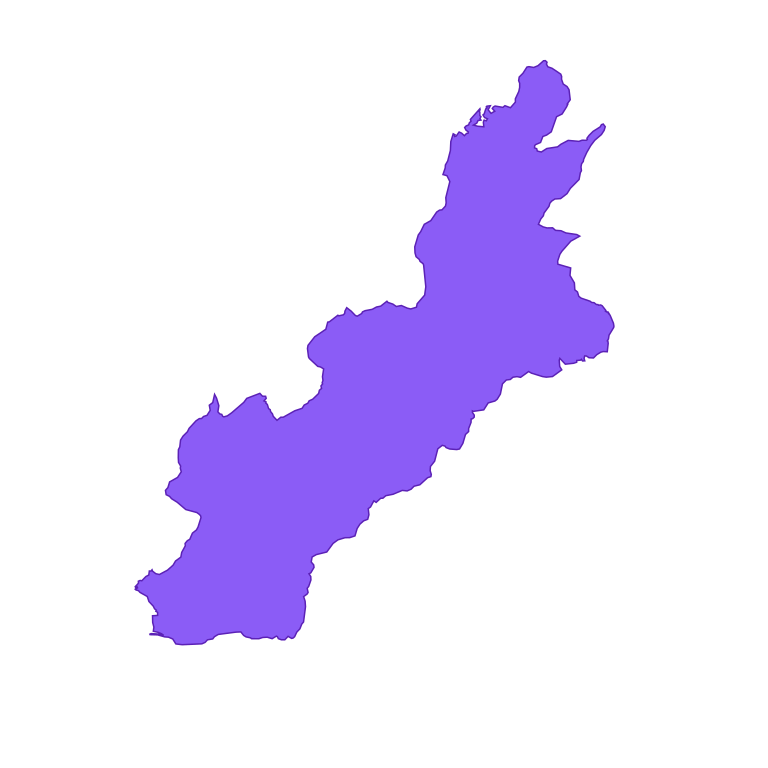 Lelese, Hunedoara, Romania, rotated 136°
{"feature_id": "2599482B96170232434184", "entity_name": "Lelese", "entity_type": "district", "adm_level": 2, "iso_a3": "ROU", "parent_name": "Romania", "parent_adm1": "Hunedoara", "projection": "equal_earth", "projection_center": [22.652, 45.736], "detail": "fine", "context": "isolated", "style": "filled", "palette": "violet", "viewbox_px": 768, "rotation_deg": 136, "n_neighbors": 0, "source": "geoboundaries", "source_scale": "gbopen_adm2", "svg_char_len": 6113}
<svg xmlns="http://www.w3.org/2000/svg" viewBox="0 0 768 768"><g transform="rotate(136 384 384)"><path d="M513.1,494.2L520.1,489.6L524.4,490.1L527.3,485.8L533.1,484.4L536.4,486.0L539.2,485.9L540.9,487.4L544.9,488.1L555.0,487.5L558.6,486.2L564.8,486.1L569.3,485.0L574.6,480.6L577.5,479.6L583.1,474.0L586.3,470.3L587.3,466.2L589.0,465.0L590.8,461.7L597.4,460.2L606.2,462.5L611.4,459.6L615.1,459.3L617.6,455.7L616.3,452.1L616.5,449.1L614.9,442.6L613.8,431.4L607.9,421.5L607.4,418.3L607.5,416.5L608.5,415.0L617.1,410.3L620.3,409.3L625.4,409.8L631.6,407.2L634.3,407.9L637.8,407.5L639.4,405.6L646.5,403.4L650.4,400.6L656.9,401.5L661.5,400.2L669.1,400.5L677.9,403.0L679.9,406.0L680.5,410.1L679.9,411.5L681.6,411.3L682.7,412.5L685.9,410.0L689.0,410.9L694.9,410.7L695.9,412.1L697.7,412.8L699.0,411.3L703.8,411.0L704.1,409.9L702.5,409.7L702.9,408.6L705.5,409.2L705.5,408.2L704.2,405.9L704.3,403.6L701.9,395.6L704.2,390.8L704.3,384.4L705.2,381.7L704.9,379.4L706.0,379.0L705.5,377.0L707.6,374.8L711.5,378.1L716.1,373.1L718.4,369.0L721.7,366.4L719.0,362.3L717.5,358.9L717.1,356.2L720.1,361.0L724.9,366.2L726.2,366.7L726.4,366.2L721.1,360.8L717.4,354.4L714.9,351.6L713.1,347.3L714.3,341.6L710.3,336.7L695.5,323.6L692.2,322.4L688.7,322.6L684.3,319.6L681.5,320.0L677.2,319.0L662.8,308.3L659.2,305.1L659.6,300.6L658.9,297.9L656.4,294.2L656.2,292.8L651.0,287.7L647.3,285.9L643.9,283.0L641.4,278.5L636.6,277.4L636.2,276.3L636.9,274.2L635.5,271.3L633.0,268.9L628.3,269.1L627.2,265.2L625.9,264.4L623.8,264.3L619.1,266.1L614.6,266.3L610.0,268.4L607.2,268.7L595.2,278.3L591.6,282.6L589.5,286.9L585.2,286.3L583.4,286.8L581.2,290.4L578.8,290.7L572.7,293.8L570.4,296.4L569.8,299.6L567.8,299.0L561.7,300.7L560.2,302.8L560.0,306.5L555.9,309.5L551.2,308.3L541.9,302.9L531.4,304.7L525.4,303.9L518.8,300.5L515.4,297.3L510.4,294.9L503.7,298.7L498.7,299.9L493.7,299.7L489.7,298.0L485.7,300.4L481.9,305.3L479.1,304.9L472.5,307.0L471.9,304.3L465.8,304.1L464.1,302.6L460.3,302.4L454.1,298.4L444.8,294.8L441.6,291.0L437.6,289.5L433.4,289.6L428.2,286.6L417.7,286.3L414.6,284.8L412.8,286.1L411.0,289.6L407.9,292.4L401.2,293.3L390.3,300.0L384.7,299.4L383.3,297.1L383.5,295.1L381.9,291.6L377.2,286.3L374.8,284.8L368.5,286.5L360.4,291.1L356.2,291.0L354.0,293.2L348.1,295.9L345.6,298.3L344.4,297.5L342.1,297.5L340.7,298.9L340.2,302.0L339.1,303.2L338.8,302.3L330.2,296.1L322.2,298.0L316.0,294.7L313.2,294.4L307.3,295.9L298.7,301.8L293.2,301.9L290.0,299.5L286.5,299.3L283.2,296.9L281.1,293.9L271.3,292.5L270.4,289.4L264.8,279.2L262.5,276.2L257.6,272.3L246.3,270.7L245.4,274.6L241.4,279.4L239.7,280.3L239.8,272.3L233.2,267.2L230.3,265.8L229.0,267.0L226.0,264.6L224.9,264.7L225.2,262.7L223.5,261.2L222.3,263.4L220.2,264.8L218.9,263.5L218.3,260.5L215.2,257.2L210.6,257.3L206.0,256.3L203.8,255.1L201.0,252.1L194.5,257.5L193.2,259.3L193.4,259.9L191.2,260.5L188.2,262.8L179.5,265.1L178.4,265.9L176.7,268.4L173.7,276.1L173.0,279.3L173.4,279.1L173.1,280.5L173.9,281.3L173.6,281.8L174.1,282.5L173.3,283.0L172.7,288.7L173.2,290.3L175.0,291.7L174.9,292.5L176.0,293.6L176.4,296.6L178.0,298.4L178.2,300.3L182.5,308.7L183.0,311.7L180.9,315.8L181.3,319.2L176.8,324.5L174.8,332.9L169.1,337.8L175.7,349.4L173.7,351.8L167.4,355.1L163.9,355.9L150.4,357.0L140.5,354.4L141.5,357.6L148.2,366.3L150.2,371.3L153.9,375.4L154.2,379.2L158.3,383.0L160.4,386.5L162.0,391.6L156.6,393.8L152.5,394.3L150.1,395.8L141.9,397.2L139.2,398.8L136.4,399.1L132.6,398.4L128.2,394.7L120.1,393.8L114.0,395.3L101.6,395.6L96.0,399.6L93.8,400.3L91.5,403.3L88.8,405.2L86.1,405.6L84.2,407.0L77.3,409.7L69.6,411.9L63.1,412.9L54.3,412.4L49.5,413.5L46.1,415.4L45.7,418.7L47.4,419.5L49.9,418.8L58.1,420.5L63.8,420.4L67.3,419.8L67.9,418.6L69.2,418.8L72.2,421.8L75.2,423.1L82.3,431.3L90.3,433.6L94.4,434.0L103.3,440.3L109.7,441.6L111.9,445.1L110.7,447.2L111.7,449.3L110.0,450.8L108.7,450.9L103.6,449.0L97.8,451.7L94.1,450.1L88.5,449.2L74.2,456.4L68.3,454.5L60.2,456.5L57.4,457.6L57.6,458.2L52.6,459.1L46.5,467.1L45.7,470.7L46.7,475.3L44.6,479.9L42.6,481.8L41.6,484.1L43.8,494.4L45.8,498.4L44.9,501.3L43.2,502.2L43.3,504.5L44.7,505.7L52.1,506.0L56.4,507.7L59.3,511.6L61.0,512.7L68.2,511.0L73.5,510.9L76.4,508.7L77.5,506.1L80.4,503.1L83.8,500.8L91.4,497.9L93.7,495.5L101.1,494.9L103.7,500.2L106.3,500.4L111.0,506.8L113.0,507.3L114.8,506.9L114.8,503.3L119.0,504.3L118.6,508.9L114.2,510.3L117.0,512.4L117.8,512.3L117.5,511.8L118.2,511.0L119.7,511.2L124.3,508.7L125.9,508.8L126.6,505.8L125.3,502.9L127.6,502.3L128.7,504.3L130.7,503.3L133.5,499.7L137.6,504.4L139.8,508.1L136.1,507.2L133.3,508.2L130.9,506.5L130.7,508.2L128.6,508.9L128.6,510.5L126.2,513.0L126.3,513.9L124.4,514.5L123.8,515.4L138.1,514.3L138.8,512.6L141.2,512.6L143.1,511.6L145.7,512.6L147.8,512.5L148.7,509.7L148.2,506.8L149.4,506.0L150.6,506.9L153.7,506.8L153.9,510.5L154.9,513.1L159.8,512.2L161.2,512.9L160.8,513.8L159.8,514.0L160.4,515.9L167.5,512.0L174.1,505.8L183.2,500.2L187.7,498.9L189.9,496.9L196.1,493.7L194.0,490.1L196.0,483.9L210.1,475.1L213.5,471.1L216.2,469.3L221.3,469.0L223.3,470.5L226.7,471.1L236.8,469.0L244.1,470.9L251.8,468.1L255.8,467.4L266.6,461.3L270.6,456.8L272.5,453.3L272.1,449.1L272.9,447.1L272.3,443.5L272.9,442.0L286.4,424.9L293.0,419.7L304.4,418.7L307.3,416.7L312.6,419.4L314.5,422.3L317.0,428.4L321.3,431.2L322.1,435.3L324.5,439.9L324.4,441.5L332.3,442.3L335.9,444.6L340.6,445.9L346.7,449.9L349.4,450.8L351.1,450.2L356.2,451.4L357.0,453.2L357.0,459.2L357.8,464.8L361.4,463.6L363.3,462.1L365.2,462.0L369.1,464.4L369.4,465.5L380.1,466.7L381.5,467.6L387.8,463.8L401.0,466.1L411.8,464.6L414.4,462.7L419.5,455.9L420.0,454.2L419.4,442.7L417.9,440.5L416.9,436.8L423.2,432.0L425.4,429.0L427.7,427.8L428.1,426.7L430.7,426.4L432.0,424.2L434.8,424.4L437.6,422.6L445.9,422.6L449.5,423.9L452.2,423.1L456.0,424.3L459.8,423.4L466.7,426.7L479.6,430.1L481.3,431.8L486.2,432.2L486.1,437.7L485.0,440.0L484.7,443.0L483.7,444.6L484.1,446.5L482.1,450.4L482.3,452.3L481.3,453.0L482.1,455.2L478.7,455.5L477.7,457.4L479.9,459.7L479.8,463.5L492.7,469.0L497.6,468.2L513.5,469.1L518.8,469.9L522.0,471.6L522.5,472.9L521.8,474.8L522.9,476.6L522.8,479.4L517.9,483.1L514.3,490.1L513.1,494.2Z" fill="#8b5cf6" stroke="#5b21b6" stroke-width="1.5"/></g></svg>